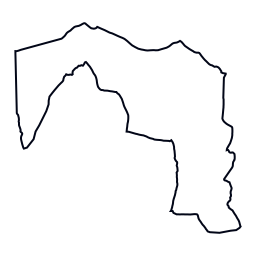 Harf Sufyan, Amran, Yemen
{"feature_id": "15242507B58979028300057", "entity_name": "Harf Sufyan", "entity_type": "district", "adm_level": 2, "iso_a3": "YEM", "parent_name": "Yemen", "parent_adm1": "Amran", "projection": "natural_earth1", "projection_center": [43.96, 16.372], "detail": "fine", "context": "isolated", "style": "outline", "palette": "ink", "viewbox_px": 256, "rotation_deg": 0, "n_neighbors": 0, "source": "geoboundaries", "source_scale": "gbopen_adm2", "svg_char_len": 5691}
<svg xmlns="http://www.w3.org/2000/svg" viewBox="0 0 256 256"><path d="M223.3,97.9L223.9,77.7L224.4,76.7L225.7,74.3L225.7,73.6L222.8,73.1L221.3,72.4L221.3,71.3L219.8,68.9L218.4,67.4L217.1,66.8L216.6,66.6L215.8,66.6L214.5,66.8L212.0,65.3L211.3,65.2L210.5,64.9L209.7,64.5L208.9,63.9L208.2,63.2L206.0,61.0L205.2,60.3L204.0,59.0L203.4,58.3L202.2,56.8L201.6,56.1L200.0,53.8L199.3,53.0L198.5,52.7L196.7,52.7L195.9,52.5L195.1,52.3L194.2,52.0L193.5,51.4L192.6,50.9L191.9,50.5L189.4,49.0L186.1,46.7L185.2,46.1L184.5,45.4L183.8,44.6L183.2,43.8L181.4,41.8L180.9,41.5L180.0,40.9L178.7,41.7L177.2,42.4L176.4,42.6L174.3,42.9L173.7,43.1L172.9,43.4L172.5,43.6L171.5,44.4L170.2,45.5L169.3,46.2L168.3,46.8L166.6,47.7L161.7,49.1L158.4,50.1L158.1,50.2L155.8,50.3L153.6,50.1L150.0,50.3L147.5,50.5L145.6,50.3L144.6,50.1L143.2,49.8L141.4,49.5L138.3,48.7L134.8,46.9L133.8,46.3L132.2,45.4L130.2,43.7L127.2,41.0L124.9,39.2L124.1,38.7L122.5,37.9L120.2,37.0L117.0,35.6L116.4,35.3L112.2,33.4L110.9,33.0L109.6,32.6L104.8,30.2L99.7,28.0L98.4,27.4L97.5,26.9L97.2,26.9L97.0,27.4L96.7,27.6L96.3,27.9L95.6,28.3L94.4,28.6L93.9,28.7L92.7,28.5L91.9,28.4L91.2,28.2L90.3,27.6L89.4,26.9L86.1,24.2L85.4,23.5L84.7,23.3L84.3,23.2L83.9,23.3L83.4,23.5L82.6,23.9L82.2,24.1L80.4,25.2L80.0,25.3L79.4,25.6L78.7,25.9L77.5,26.1L76.6,26.3L75.6,26.5L74.4,27.0L73.9,27.4L71.9,29.1L70.4,30.6L70.0,30.8L68.0,32.0L67.5,32.4L67.1,32.7L66.4,33.5L65.4,35.0L64.8,35.8L64.0,36.6L62.2,38.2L61.5,38.7L24.2,48.9L20.6,49.9L18.4,50.7L16.4,51.2L15.4,51.1L15.4,52.7L16.8,113.0L16.9,113.4L17.1,113.8L17.6,114.4L17.9,114.7L18.1,115.1L18.2,115.5L18.4,116.3L18.6,117.1L18.7,117.5L18.8,117.9L18.9,119.5L18.9,120.2L18.7,121.4L18.7,121.8L19.0,122.6L19.0,123.0L19.0,123.4L19.0,124.2L19.0,125.0L19.1,125.4L19.3,126.1L19.9,127.6L20.0,128.0L20.3,128.8L20.5,129.6L20.6,130.0L20.6,130.4L20.4,131.2L20.5,131.6L20.7,131.9L21.0,132.1L21.3,132.3L21.9,132.9L22.0,133.2L22.2,133.5L22.2,134.0L22.1,134.4L22.0,134.7L21.8,135.1L21.6,135.4L21.3,136.2L21.1,137.0L21.0,137.8L21.0,138.7L21.1,139.2L21.1,139.6L22.3,144.4L23.2,147.3L23.4,147.8L23.9,148.6L27.0,147.6L33.6,139.2L35.6,131.5L39.2,125.4L46.3,111.1L48.6,104.4L48.7,100.6L49.5,96.6L50.5,95.3L52.5,92.7L54.6,90.1L56.9,87.4L58.5,85.5L61.2,82.8L62.2,81.9L63.2,80.6L63.5,78.8L64.2,76.7L65.5,75.5L66.2,74.3L67.4,74.8L69.0,74.9L69.9,74.6L70.8,74.6L71.9,74.9L72.7,74.2L72.5,73.0L72.8,71.1L73.6,70.2L74.8,68.9L75.7,68.1L77.2,67.5L77.9,66.5L78.8,65.7L79.9,65.9L81.3,65.2L82.9,65.7L84.0,64.2L84.9,62.4L85.9,62.0L87.3,63.5L88.3,64.9L89.0,65.6L90.1,67.0L91.1,68.6L92.1,70.2L92.9,71.9L93.7,73.5L95.0,75.2L95.6,76.3L96.2,78.0L96.6,79.7L96.8,80.8L96.9,81.9L97.2,83.8L97.7,85.7L98.1,86.9L99.1,88.3L100.3,89.5L101.3,90.0L103.0,90.1L104.0,90.5L104.9,90.6L106.0,90.6L107.7,90.7L110.3,91.2L112.1,91.4L113.7,91.7L115.2,92.0L116.4,92.0L117.4,93.3L119.0,94.4L120.0,95.9L120.9,97.4L121.8,98.9L123.0,102.4L123.5,104.1L123.9,105.5L124.6,107.2L126.3,110.6L127.1,112.3L128.2,115.1L128.3,116.3L128.3,118.2L128.2,119.8L128.0,121.6L127.5,123.8L127.3,125.6L127.2,126.8L126.9,128.7L126.8,129.9L126.6,131.6L128.8,131.8L129.9,132.1L135.8,133.8L136.9,134.0L139.0,134.6L139.9,134.8L141.5,135.1L143.5,135.4L145.1,136.0L146.0,136.3L146.9,136.7L147.7,137.2L149.8,138.1L153.1,138.9L154.3,139.5L156.5,139.8L159.5,140.0L160.7,140.1L161.9,140.3L163.6,140.7L166.5,140.8L168.6,140.9L169.8,141.2L171.3,140.2L172.7,142.3L173.4,144.0L173.7,145.3L174.0,146.5L174.1,147.7L174.1,148.8L174.5,150.7L174.9,155.1L174.9,155.9L175.0,156.3L174.9,156.9L174.6,158.0L175.2,159.7L175.7,160.4L176.1,161.1L177.1,162.1L177.2,163.2L176.7,165.6L177.3,167.4L177.5,169.3L177.6,170.9L176.6,172.6L176.8,173.8L176.9,175.7L176.8,177.0L177.0,178.2L177.1,179.8L177.0,182.1L177.3,183.2L177.4,184.3L177.3,185.5L177.0,186.6L176.6,187.9L176.2,190.0L175.6,191.1L175.6,192.1L175.2,194.0L175.0,195.0L174.2,197.5L173.8,198.7L173.2,201.0L173.0,203.1L172.8,204.3L172.3,206.2L172.1,207.4L171.7,208.6L171.4,209.8L171.0,210.7L170.8,211.0L172.6,211.0L173.5,212.9L176.5,214.3L177.6,214.3L179.4,214.4L183.6,214.3L184.7,214.4L186.3,214.4L187.5,214.4L190.2,214.5L191.4,214.4L194.5,214.1L196.2,214.2L197.1,214.4L197.8,215.3L198.3,217.4L198.6,218.6L199.5,220.2L200.7,221.8L201.7,223.4L202.7,224.8L203.6,225.7L204.4,226.7L205.5,228.2L206.0,229.1L206.7,229.9L207.7,231.4L209.9,232.2L219.5,232.8L230.7,230.7L236.2,230.1L239.5,227.9L240.6,226.5L240.3,225.9L239.2,221.8L238.6,220.4L237.8,219.1L237.3,218.3L235.9,215.7L234.5,213.7L233.7,212.4L232.5,210.4L231.9,210.0L230.4,209.0L230.1,208.7L228.8,207.6L228.7,206.7L228.3,205.7L227.7,205.2L227.4,204.3L227.6,203.4L228.0,202.5L229.2,201.1L229.9,200.7L230.4,199.7L230.4,198.7L230.1,197.8L230.5,196.9L230.9,196.2L231.0,195.2L230.9,194.4L230.6,193.2L230.7,191.4L230.9,190.9L231.3,189.8L231.6,188.4L231.5,187.6L230.8,186.0L230.0,183.8L229.5,182.3L227.9,181.7L226.5,180.8L225.3,180.5L224.8,180.4L224.1,179.7L224.3,178.7L224.6,178.4L228.4,172.9L232.1,167.6L232.5,166.8L232.8,165.9L232.9,164.0L233.0,163.0L233.2,162.0L233.7,161.2L234.1,160.3L234.1,160.2L234.5,159.9L234.7,158.3L234.7,156.2L234.5,154.2L234.4,153.9L232.9,152.5L232.0,152.4L231.2,152.7L230.3,152.7L229.5,152.2L229.1,151.8L229.1,151.6L228.7,150.8L228.1,150.0L227.0,149.9L226.8,150.0L226.9,149.1L227.2,148.2L227.7,147.3L229.1,144.9L229.6,144.1L230.1,143.3L230.4,142.4L230.8,141.3L231.8,138.2L232.0,137.2L232.3,135.2L232.3,133.3L232.4,132.2L232.4,130.0L232.3,128.0L232.0,127.1L231.3,126.5L230.5,126.1L229.8,125.7L228.1,124.8L226.5,123.8L225.8,123.2L225.1,122.6L224.4,122.0L223.7,121.2L223.2,120.4L222.7,119.5L222.4,118.5L222.5,117.5L222.8,114.6L223.0,112.6L223.2,110.4L223.4,108.3L223.5,107.3L223.5,106.4L223.6,104.5L223.6,101.3L223.6,100.3L223.6,99.4L223.4,98.4L223.3,97.9Z" fill="none" stroke="#020617" stroke-width="2"/></svg>